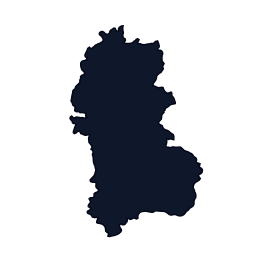 the district of Crisólita, Minas Gerais, Brazil, rotated 75°
{"feature_id": "56859067B35092176760180", "entity_name": "Crisólita", "entity_type": "district", "adm_level": 2, "iso_a3": "BRA", "parent_name": "Brazil", "parent_adm1": "Minas Gerais", "projection": "mercator", "projection_center": [-40.971, -17.242], "detail": "fine", "context": "isolated", "style": "filled", "palette": "ink", "viewbox_px": 256, "rotation_deg": 75, "n_neighbors": 0, "source": "geoboundaries", "source_scale": "gbopen_adm2", "svg_char_len": 5156}
<svg xmlns="http://www.w3.org/2000/svg" viewBox="0 0 256 256"><g transform="rotate(75 128 128)"><path d="M63.5,75.1L62.2,75.7L61.1,76.9L60.9,79.0L59.0,78.7L58.0,77.1L56.8,76.6L55.0,76.6L53.1,76.7L51.6,76.9L51.5,79.1L52.3,80.5L53.2,81.8L52.4,83.0L52.4,84.4L52.2,85.9L52.0,87.7L51.9,89.5L51.7,91.0L51.1,92.6L50.0,94.1L49.0,96.4L47.5,96.5L46.7,95.4L45.5,94.5L44.3,95.6L44.4,97.0L45.4,98.2L45.8,99.9L46.6,101.0L47.0,103.0L46.6,105.1L46.0,107.7L44.9,109.8L43.6,108.9L42.7,107.8L41.2,107.7L40.0,108.9L38.6,109.3L36.6,108.9L35.0,107.9L32.9,107.7L31.6,107.6L30.0,107.2L28.0,106.3L27.8,107.8L28.2,109.4L28.8,110.7L30.0,111.6L32.0,111.9L31.8,113.4L30.3,114.4L28.2,114.7L27.9,116.3L28.6,117.8L29.2,119.7L30.7,121.0L31.9,121.6L32.3,123.3L31.5,125.2L29.3,126.5L28.1,127.7L28.0,129.2L28.5,130.6L29.5,131.4L30.8,131.2L32.0,130.1L33.5,129.5L35.4,128.9L37.1,129.3L38.2,130.6L38.4,131.9L39.0,133.4L38.9,135.1L39.4,136.5L39.6,138.2L40.6,139.7L41.0,141.0L41.8,142.2L41.5,143.5L40.0,144.4L40.7,146.3L42.2,147.2L43.6,148.4L45.0,149.7L46.3,150.7L48.1,150.8L49.6,149.6L50.9,150.1L51.7,151.8L51.5,154.1L51.9,155.6L53.1,156.9L55.2,157.4L56.8,157.6L58.7,157.6L60.5,157.2L62.1,156.0L63.7,155.8L65.2,156.5L65.0,158.4L65.9,160.4L67.9,160.9L69.1,162.0L70.4,162.4L71.7,162.6L72.2,163.9L73.2,165.5L74.1,167.3L75.2,168.3L76.4,168.8L76.8,170.2L77.7,171.5L79.3,172.2L80.9,172.9L82.0,173.6L83.9,174.4L85.7,175.2L87.2,176.0L88.9,175.4L90.2,175.4L91.8,175.3L93.2,174.0L95.1,173.8L96.1,174.6L97.7,174.9L99.1,173.3L99.3,171.3L100.7,170.4L101.1,168.8L101.5,167.3L102.6,165.6L103.9,165.1L105.5,165.8L107.1,164.7L107.3,167.5L106.2,169.1L105.8,171.1L104.7,173.4L104.0,175.2L104.5,177.7L103.1,178.7L101.9,179.3L102.6,181.0L104.0,181.5L105.4,181.1L106.5,180.2L108.3,180.3L109.4,179.7L109.8,178.4L110.6,177.4L112.1,178.0L113.4,179.2L115.3,180.3L116.8,181.4L118.4,182.0L119.5,181.3L119.3,179.5L118.3,177.6L118.5,175.7L120.0,175.2L121.2,175.0L122.3,173.3L123.6,171.9L124.2,170.2L124.1,167.7L125.7,167.2L126.7,168.2L128.1,168.8L130.3,169.1L131.8,169.4L133.6,168.6L135.9,167.6L137.7,167.9L138.9,169.2L140.3,168.1L142.5,167.8L143.8,169.0L145.1,169.3L146.6,169.2L148.1,169.3L149.7,169.7L151.7,170.1L154.3,170.1L155.8,169.7L157.3,169.8L158.6,169.9L160.0,169.8L161.5,170.6L163.2,171.5L164.7,172.6L165.7,173.6L166.3,174.7L167.2,176.3L168.6,178.1L170.0,178.0L171.2,176.3L171.6,174.6L172.6,172.9L174.4,173.5L175.8,174.1L177.2,174.0L178.7,173.2L180.1,172.4L181.5,173.2L182.0,175.0L182.1,176.5L182.8,177.8L184.5,178.2L186.1,179.1L186.1,180.7L185.6,182.4L186.3,183.9L187.9,183.5L190.0,183.2L191.2,184.9L192.0,186.0L193.6,186.7L195.0,185.4L196.5,184.7L197.4,186.2L197.6,187.8L198.4,189.1L200.1,188.9L201.3,187.2L202.7,185.9L204.8,185.4L205.9,183.5L206.1,181.7L206.9,180.3L208.6,181.2L209.8,182.2L211.3,182.7L212.1,181.8L212.9,179.9L213.9,178.2L215.2,176.8L217.2,175.9L218.8,175.7L220.1,175.9L221.8,176.2L223.4,175.3L224.6,174.1L225.9,174.5L227.3,175.4L228.1,173.7L228.0,171.8L228.2,170.1L228.2,167.7L227.9,165.3L227.3,163.5L226.3,161.7L225.2,160.8L224.0,160.8L222.6,161.4L221.2,161.6L219.3,161.4L218.8,159.6L220.1,158.4L220.4,156.1L219.1,154.5L218.0,153.0L216.7,152.6L215.1,152.1L215.6,150.9L216.8,149.7L216.8,147.7L216.3,146.2L216.7,145.0L218.0,143.5L217.8,141.9L216.3,141.5L214.8,141.0L213.5,139.7L212.5,138.1L212.3,136.4L212.5,134.7L212.7,133.2L213.4,131.3L214.3,129.6L215.0,128.0L215.7,126.5L215.7,125.1L215.2,123.8L215.2,122.1L215.9,120.5L216.5,118.8L217.2,116.8L218.0,114.4L219.3,112.8L220.4,111.9L221.4,111.2L222.4,110.4L223.3,108.7L223.4,106.7L223.7,104.8L224.8,103.3L225.9,101.8L226.4,100.3L226.6,98.6L226.2,96.8L225.4,95.3L224.0,93.7L223.3,92.2L222.7,90.6L221.5,89.5L221.2,88.2L220.8,86.9L220.2,85.4L218.8,84.1L216.8,83.5L215.3,83.0L214.0,82.0L212.5,80.5L210.2,79.8L208.2,79.8L206.6,80.2L205.0,80.0L203.5,80.5L202.0,80.3L200.4,79.7L198.7,78.2L197.8,76.4L197.3,74.5L196.7,72.6L195.6,71.3L194.0,71.8L192.6,72.6L191.4,71.5L191.0,69.6L190.2,68.1L188.8,67.4L187.6,66.9L186.1,67.5L184.8,68.6L183.8,69.5L182.8,68.6L181.2,67.7L180.2,69.0L179.7,70.2L178.2,71.1L176.7,70.0L174.8,70.0L173.5,71.1L172.2,72.1L170.6,72.4L169.1,73.4L168.1,74.8L167.1,75.6L166.3,76.6L165.3,78.2L163.9,79.9L161.9,80.9L160.1,82.2L159.6,83.7L159.4,85.2L159.0,87.0L158.1,88.8L157.8,90.4L158.0,92.3L157.0,93.9L156.6,95.6L155.2,96.3L153.4,95.1L151.5,94.2L149.7,93.7L148.2,93.1L149.6,91.6L149.3,90.1L150.2,88.5L151.1,86.8L149.4,86.3L147.9,85.9L146.1,86.0L145.0,87.0L143.4,88.4L141.8,89.3L140.5,90.6L139.5,92.3L138.2,93.6L136.3,94.3L134.5,94.4L133.4,95.9L131.7,97.2L130.2,96.9L129.2,95.4L128.1,93.6L126.4,92.8L124.6,92.3L123.2,90.9L122.4,89.3L120.8,89.0L120.2,87.6L118.8,87.0L118.3,85.6L117.9,84.0L117.1,82.4L116.5,81.0L116.4,79.1L116.6,77.8L116.6,76.0L114.9,75.7L113.6,75.9L111.6,75.9L110.2,76.3L108.9,77.0L107.4,77.3L105.7,76.6L104.4,77.2L104.7,78.9L104.6,81.0L103.2,82.4L101.6,83.2L100.0,83.6L98.3,83.6L97.4,84.7L97.3,86.4L96.9,88.3L96.0,89.7L94.7,91.1L93.5,92.9L91.8,92.3L90.7,91.1L89.7,89.8L88.6,88.6L87.0,87.5L85.2,87.0L84.2,85.4L83.2,83.6L82.8,81.7L81.9,80.9L81.1,79.7L79.8,78.5L77.8,78.8L76.4,77.7L75.1,76.5L73.9,77.0L72.4,77.8L70.5,77.4L69.1,77.1L67.0,76.4L65.4,75.3L63.5,75.1Z" fill="#0f172a" stroke="#020617" stroke-width="1.5"/></g></svg>